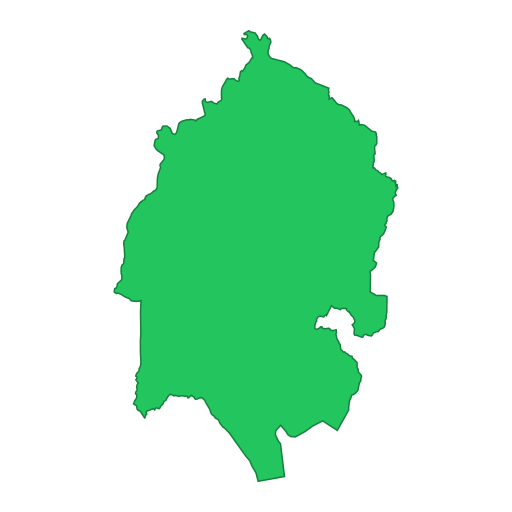 Fianarantsoa I, Haute Matsiatra, Madagascar
{"feature_id": "10022922B21478747844721", "entity_name": "Fianarantsoa I", "entity_type": "district", "adm_level": 2, "iso_a3": "MDG", "parent_name": "Madagascar", "parent_adm1": "Haute Matsiatra", "projection": "equal_earth", "projection_center": [47.084, -21.453], "detail": "fine", "context": "isolated", "style": "filled", "palette": "green", "viewbox_px": 512, "rotation_deg": 0, "n_neighbors": 0, "source": "geoboundaries", "source_scale": "gbopen_adm2", "svg_char_len": 6044}
<svg xmlns="http://www.w3.org/2000/svg" viewBox="0 0 512 512"><path d="M284.5,476.5L280.5,443.8L278.5,441.3L275.6,435.3L275.4,433.9L275.8,430.7L280.7,425.3L285.5,430.9L288.0,434.8L290.8,436.6L295.4,436.9L304.8,431.7L312.9,425.9L322.7,420.9L337.3,430.4L348.8,409.8L348.6,407.7L349.6,400.4L350.4,399.1L351.9,394.9L353.6,394.5L355.6,393.1L357.9,390.3L359.4,382.9L360.8,380.9L360.9,378.9L361.6,376.1L360.7,374.6L358.4,372.1L358.2,369.4L357.3,367.9L357.1,366.6L357.1,362.7L354.4,359.6L352.6,358.4L352.0,356.3L349.6,355.9L346.8,353.4L345.7,353.2L344.8,351.9L343.4,352.0L340.9,349.4L340.4,347.3L340.4,344.9L340.1,344.2L339.3,343.7L338.6,341.5L337.0,339.1L335.9,334.2L336.5,332.7L336.2,329.8L332.5,330.7L330.1,329.7L329.8,328.7L328.7,328.2L325.2,328.8L323.4,328.5L322.5,328.1L322.3,327.1L321.4,326.7L320.4,327.0L319.9,327.7L317.3,329.2L315.7,329.2L315.0,328.6L314.8,325.1L315.5,323.9L315.3,323.4L315.9,321.9L316.6,321.4L316.5,319.4L318.0,317.0L319.8,316.1L323.8,316.9L325.0,315.3L326.1,314.8L326.5,315.5L331.5,305.7L334.4,308.2L337.6,308.4L340.4,309.7L341.2,308.7L342.4,308.3L344.1,308.6L346.3,308.4L346.5,309.9L348.5,311.9L349.3,311.9L350.9,314.8L351.9,316.0L353.2,316.9L353.9,318.8L354.6,319.7L354.8,322.1L353.8,323.6L352.2,324.7L354.4,328.5L354.0,333.8L354.6,335.1L357.2,335.5L361.7,337.2L362.7,337.1L364.0,334.8L366.2,334.3L367.4,335.3L371.2,336.0L372.7,334.6L373.1,333.4L373.9,332.8L376.6,331.7L378.3,331.6L379.8,329.5L383.0,328.1L384.4,326.9L385.3,324.1L385.0,320.6L386.2,318.3L386.2,315.4L386.8,311.8L387.0,296.4L384.2,295.4L376.1,295.5L374.1,294.0L370.3,292.1L370.5,275.0L370.0,271.5L372.7,269.5L375.4,266.8L376.6,263.1L373.4,260.4L374.3,252.9L378.7,247.0L378.8,242.2L380.0,239.4L380.0,237.2L383.5,234.0L385.0,230.8L386.3,226.9L384.9,225.6L384.9,224.4L386.0,223.7L386.2,222.2L386.9,221.3L387.0,217.8L387.8,216.1L391.3,214.0L393.2,210.9L394.0,205.9L393.7,201.9L392.9,200.2L392.9,198.1L395.1,196.0L396.3,195.4L395.4,193.5L395.4,191.7L396.5,190.2L396.4,189.1L397.2,188.9L397.8,187.9L397.2,186.4L396.1,186.5L395.5,186.0L395.8,185.3L397.2,185.3L397.2,184.7L395.8,184.1L395.2,183.0L395.0,182.5L395.7,182.1L395.7,181.2L394.4,180.3L393.1,181.0L392.1,180.5L391.1,178.6L390.5,178.5L390.0,177.7L385.9,176.6L385.5,175.4L385.9,174.6L385.8,172.9L382.0,174.6L380.4,172.9L378.8,172.2L377.7,170.7L375.8,170.0L374.4,167.9L372.9,167.9L373.4,163.0L374.3,160.8L373.8,155.8L374.2,154.6L374.9,154.2L375.1,153.2L374.6,148.6L374.7,146.6L375.0,145.7L376.2,144.8L376.7,143.4L376.8,136.9L376.2,134.9L376.5,134.1L375.5,132.0L371.9,131.2L364.6,125.3L361.3,124.6L359.2,125.0L358.9,121.7L358.5,120.4L357.3,121.7L355.4,121.1L354.7,121.5L354.6,119.2L353.5,116.5L351.0,112.9L349.4,109.8L347.1,107.9L341.4,104.9L339.2,104.8L337.0,103.7L332.1,97.7L329.1,99.0L329.3,96.0L328.6,95.1L328.5,94.0L328.9,92.7L328.5,89.2L328.9,88.2L315.1,82.8L311.4,78.6L308.7,77.5L306.6,75.9L305.3,73.9L301.7,70.3L300.0,69.3L296.0,67.6L293.4,67.8L290.4,65.2L284.5,61.8L271.3,58.4L269.6,56.8L268.1,53.8L268.1,51.3L269.0,48.3L269.2,45.9L270.9,42.1L270.4,39.7L269.7,38.7L269.2,38.3L269.0,38.7L268.1,38.7L267.4,38.1L267.1,36.6L264.5,34.0L262.8,35.3L260.8,39.4L259.8,40.4L258.3,38.7L257.7,37.2L257.7,36.4L255.0,32.9L250.5,31.9L248.8,30.7L244.0,33.5L244.3,34.6L246.6,34.5L247.5,35.4L247.4,37.2L246.5,38.7L245.5,39.1L242.1,38.2L241.8,39.0L247.8,47.8L249.7,48.4L251.1,51.1L251.0,52.2L252.5,55.7L252.7,57.9L251.8,58.0L249.3,62.2L246.0,65.0L244.6,68.3L243.1,70.7L242.7,71.0L241.9,70.6L241.3,71.5L240.5,71.5L239.8,75.8L238.9,78.3L239.2,80.8L238.0,81.3L236.8,80.9L234.4,79.4L234.2,78.8L232.3,78.6L229.5,79.3L227.9,78.1L227.3,78.5L226.0,80.2L225.8,81.0L222.5,86.5L221.5,90.1L221.4,95.6L221.5,97.7L221.9,97.8L222.0,98.4L221.0,100.5L217.9,102.3L217.0,104.0L213.6,103.0L212.1,101.6L211.2,101.4L207.8,102.3L206.4,102.1L205.5,101.3L205.1,98.9L203.8,99.3L202.4,101.2L202.2,102.1L204.7,112.7L205.2,113.6L204.9,115.3L204.3,116.0L197.4,119.2L195.9,120.9L195.1,120.1L190.2,119.3L189.5,119.9L187.5,119.7L185.6,120.1L182.0,121.2L179.9,122.4L178.9,123.6L176.8,131.7L176.0,133.3L174.9,134.4L172.4,133.6L170.3,128.5L167.1,126.1L163.3,126.0L162.5,126.6L161.4,129.5L160.4,130.2L157.7,130.8L157.0,131.4L156.7,132.4L156.9,133.2L158.4,135.2L158.4,137.7L158.0,138.5L155.5,139.5L154.8,141.6L154.1,145.6L155.9,148.8L157.8,150.8L163.9,154.9L164.4,157.3L163.9,159.6L160.1,164.3L160.1,166.2L160.6,167.6L158.3,173.7L157.4,177.9L157.1,188.0L155.5,190.2L153.5,191.2L151.3,193.3L146.3,195.7L146.1,196.6L145.5,196.9L144.6,199.7L143.1,200.2L141.5,201.7L141.1,201.5L140.5,202.5L139.7,202.8L137.4,206.7L134.5,209.6L131.6,213.6L131.1,215.5L127.2,223.4L126.8,227.8L128.2,232.1L124.9,240.2L123.9,241.1L123.7,244.4L124.2,247.3L124.8,257.7L124.1,258.4L123.8,260.4L124.1,261.1L123.7,261.4L124.0,262.7L122.6,264.8L122.1,264.9L121.2,267.3L121.1,271.8L121.3,274.1L121.8,275.2L121.9,278.6L121.4,280.1L117.7,283.4L117.2,284.3L117.1,286.0L116.3,288.0L114.7,288.5L114.2,292.0L116.4,293.6L117.5,293.0L121.0,294.3L124.5,296.6L129.5,298.7L131.1,300.8L135.9,301.4L138.9,301.2L141.0,300.5L140.5,311.9L140.8,334.1L140.4,339.9L140.4,351.6L140.9,361.9L140.7,365.4L139.0,369.0L139.0,370.9L136.6,373.6L135.7,376.1L137.0,377.1L137.1,378.2L135.8,379.7L138.2,383.2L137.2,384.4L136.6,387.0L137.2,390.0L135.6,392.4L135.6,393.9L136.9,394.9L136.7,397.2L136.0,399.1L135.1,400.1L133.5,403.9L136.6,405.8L137.1,409.2L138.2,410.4L140.1,411.1L144.2,417.3L144.8,417.9L145.8,414.8L146.7,414.3L146.2,411.8L146.7,411.2L153.4,408.7L154.7,409.9L155.6,408.1L156.2,407.8L159.1,408.7L159.8,408.2L160.6,406.3L163.0,403.9L164.0,401.4L165.9,400.3L167.6,397.0L169.0,395.2L170.4,394.6L172.6,394.8L173.6,395.8L175.9,395.6L178.9,396.3L182.1,395.6L184.0,396.2L187.3,396.3L187.9,397.9L188.7,397.8L190.8,395.5L191.6,395.5L191.8,395.9L194.0,397.0L194.9,398.8L195.6,399.3L197.3,399.0L199.1,398.0L200.9,397.9L201.2,397.4L201.8,397.6L205.1,400.6L205.5,402.0L209.8,409.4L211.0,413.3L212.0,414.6L214.2,416.3L215.5,418.2L218.4,419.7L220.0,423.4L223.1,427.2L225.0,428.5L229.4,433.1L246.1,456.5L249.7,460.6L252.0,466.1L256.0,472.9L258.1,481.3L284.5,476.5Z" fill="#22c55e" stroke="#15803d" stroke-width="1.5"/></svg>